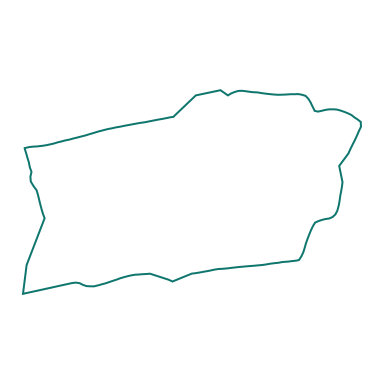 Hayran, Hajjah, Yemen
{"feature_id": "15242507B87254411475969", "entity_name": "Hayran", "entity_type": "district", "adm_level": 2, "iso_a3": "YEM", "parent_name": "Yemen", "parent_adm1": "Hajjah", "projection": "equal_earth", "projection_center": [43.07, 16.255], "detail": "fine", "context": "isolated", "style": "outline", "palette": "teal", "viewbox_px": 384, "rotation_deg": 0, "n_neighbors": 0, "source": "geoboundaries", "source_scale": "gbopen_adm2", "svg_char_len": 2346}
<svg xmlns="http://www.w3.org/2000/svg" viewBox="0 0 384 384"><path d="M24.7,148.1L24.8,149.0L26.2,153.3L27.5,158.0L28.8,162.1L29.8,167.2L31.5,172.0L30.4,176.6L30.8,181.6L33.6,186.2L36.6,190.3L38.0,195.0L39.0,199.2L40.2,204.0L41.6,209.3L43.0,214.0L43.9,216.3L44.6,218.3L26.6,265.1L23.0,293.8L72.3,283.0L76.0,282.6L79.7,283.2L83.0,284.9L86.5,286.1L90.4,286.3L94.2,286.3L97.6,285.5L102.2,284.2L106.0,283.2L109.4,282.0L112.7,280.9L116.7,279.6L120.7,278.1L126.0,276.6L130.5,275.5L135.2,274.7L139.0,274.5L141.3,274.3L142.6,274.2L146.3,274.0L150.0,273.7L168.3,279.6L172.5,281.5L185.4,276.2L191.9,273.6L195.4,273.2L200.2,272.4L204.5,271.6L209.1,270.8L214.1,269.7L218.3,269.0L222.6,268.8L227.0,268.4L228.1,268.3L231.0,267.9L234.6,267.5L238.9,267.0L242.5,266.7L246.9,266.3L250.7,266.0L254.6,265.7L258.6,265.3L262.2,265.0L265.8,264.5L270.3,263.7L274.2,263.2L278.3,262.8L281.9,262.1L285.3,261.8L289.2,261.5L290.2,261.3L292.9,261.0L296.4,260.6L298.8,260.1L299.3,259.6L301.5,256.1L303.3,252.3L304.7,247.8L305.9,243.5L307.5,239.0L309.3,234.3L311.0,230.2L312.9,226.2L315.1,222.6L318.4,221.1L322.0,219.9L325.6,219.0L329.2,218.5L332.6,217.0L335.4,214.4L337.4,210.5L338.8,205.2L339.6,200.7L340.2,196.2L340.6,194.0L341.1,191.6L341.9,186.9L342.5,182.2L339.2,165.9L348.4,153.5L350.0,149.9L352.0,145.8L352.3,145.1L354.5,140.9L357.1,135.3L358.9,131.1L361.0,126.7L360.8,123.7L360.8,122.0L357.8,119.6L354.6,117.5L351.4,115.0L348.1,113.4L344.7,112.0L341.0,110.7L337.1,109.6L333.5,109.3L329.6,109.3L325.9,109.8L322.1,110.7L318.1,111.6L314.7,110.9L312.8,107.0L311.1,103.6L310.8,102.8L308.5,99.0L305.6,95.9L302.2,94.8L298.5,94.1L294.8,94.2L291.3,94.2L287.9,94.4L286.6,94.5L281.7,94.7L278.3,94.8L273.6,94.5L269.7,94.1L266.0,93.7L261.5,93.1L257.5,92.4L253.1,92.2L249.7,91.8L245.6,91.2L242.0,90.8L238.5,90.9L234.9,91.9L231.2,93.4L227.9,95.4L220.5,90.2L195.8,95.4L173.7,116.5L173.5,116.8L169.8,117.4L165.9,118.2L162.4,118.9L158.2,119.6L154.1,120.4L149.6,121.3L145.2,122.2L140.8,122.8L136.8,123.5L131.9,124.4L128.2,125.1L123.9,125.9L120.1,126.7L116.3,127.3L112.0,128.3L108.6,128.9L104.9,129.8L101.5,130.7L98.0,131.6L93.6,133.0L89.3,134.2L88.8,134.4L85.6,135.4L81.2,136.5L77.0,137.6L73.3,138.5L69.4,139.6L65.3,140.4L61.3,141.5L57.8,142.3L54.0,143.5L50.0,144.4L46.3,145.2L42.4,145.8L37.4,146.4L32.4,146.7L29.0,147.1L24.7,148.1Z" fill="none" stroke="#0f766e" stroke-width="2"/></svg>